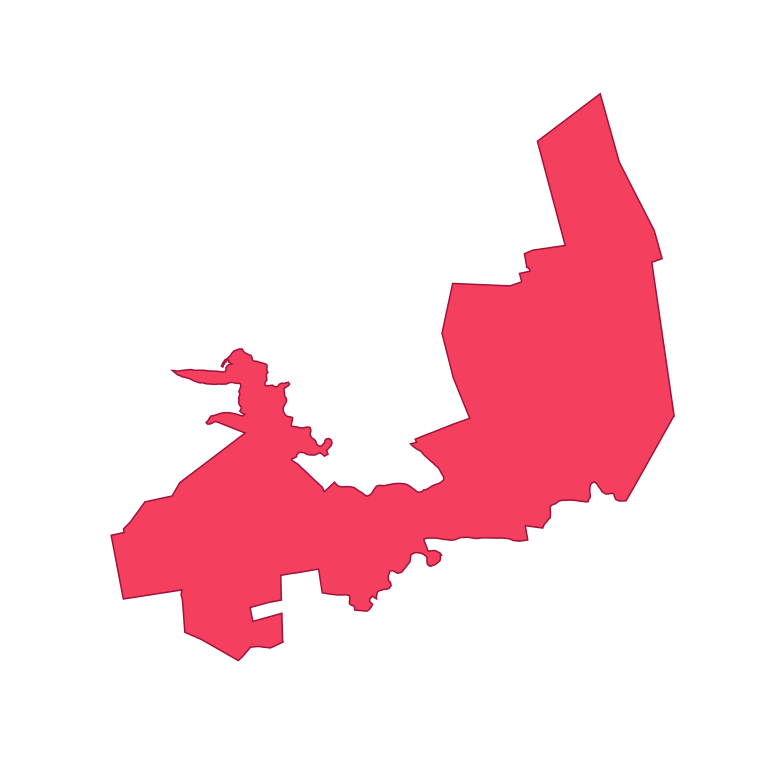 outline of San Francisco Ixhuatán, Oaxaca, Mexico, rotated 79°
{"feature_id": "50627088B52661088255154", "entity_name": "San Francisco Ixhuatán", "entity_type": "district", "adm_level": 2, "iso_a3": "MEX", "parent_name": "Mexico", "parent_adm1": "Oaxaca", "projection": "natural_earth1", "projection_center": [-94.502, 16.336], "detail": "fine", "context": "isolated", "style": "filled", "palette": "rose", "viewbox_px": 768, "rotation_deg": 79, "n_neighbors": 0, "source": "geoboundaries", "source_scale": "gbopen_adm2", "svg_char_len": 6167}
<svg xmlns="http://www.w3.org/2000/svg" viewBox="0 0 768 768"><g transform="rotate(79 384 384)"><path d="M532.1,157.6L470.6,105.5L470.7,105.3L315.7,97.9L314.0,87.1L285.1,89.4L211.1,110.7L140.3,116.4L175.0,187.1L282.6,179.7L281.0,212.4L282.9,221.3L295.5,221.5L296.8,221.8L297.6,219.8L301.2,219.2L301.3,229.9L310.0,229.3L311.7,241.7L298.4,297.4L330.2,311.0L345.3,317.4L374.9,315.7L391.1,314.8L434.0,306.4L435.2,314.1L435.9,319.0L436.8,324.8L437.2,326.6L439.4,338.8L440.7,345.4L441.9,352.5L442.8,357.3L443.6,361.2L444.1,363.9L447.4,363.3L447.6,365.1L447.8,369.4L449.8,368.0L452.0,366.3L453.8,364.6L456.2,361.6L457.6,360.2L460.1,359.0L462.8,357.2L464.6,355.8L466.8,354.2L468.9,352.6L470.4,351.3L471.9,350.3L475.1,347.9L477.1,346.4L479.8,345.5L481.9,344.9L486.3,343.2L489.4,343.7L489.6,343.9L490.5,345.3L491.5,347.4L492.2,349.7L492.4,352.0L492.9,354.9L493.6,357.3L495.0,360.4L495.8,363.6L495.5,365.3L496.8,367.3L496.9,370.9L495.4,372.7L493.1,374.6L488.7,378.6L487.4,380.1L486.5,381.6L485.3,384.7L484.7,386.9L484.2,389.6L483.7,394.2L483.8,396.7L483.8,403.3L482.7,407.3L482.6,409.3L482.9,411.0L484.8,413.0L487.2,415.3L488.9,416.9L490.1,418.8L490.9,421.9L488.7,424.6L486.7,426.1L485.0,428.2L479.8,433.3L478.6,436.4L477.7,439.3L477.3,442.5L477.0,444.9L475.4,448.5L472.6,450.4L470.8,451.4L472.1,453.0L473.6,455.6L476.2,459.6L478.4,463.2L473.4,464.3L463.6,471.6L461.8,472.8L460.2,474.0L459.2,474.6L454.1,478.2L450.3,481.1L446.4,483.7L442.5,487.7L441.0,489.2L439.6,488.3L439.5,486.0L438.8,483.8L436.8,483.1L434.8,480.0L435.7,477.2L436.6,475.1L438.4,473.2L439.7,469.5L440.3,466.7L440.5,465.0L439.6,461.7L439.2,460.1L440.5,458.6L443.5,456.2L442.2,452.3L438.4,453.0L434.2,447.5L432.0,446.3L428.9,446.4L427.2,448.2L426.8,450.8L428.1,452.7L430.2,453.6L432.4,456.5L432.9,458.2L432.1,460.2L430.7,461.3L427.0,462.0L424.8,463.2L423.1,465.1L420.9,466.0L418.9,466.0L416.6,464.9L414.7,464.5L412.3,465.0L411.5,467.9L411.6,470.9L411.3,474.2L410.2,476.2L409.3,478.0L407.9,482.4L407.0,483.0L404.4,482.1L402.5,481.1L399.6,480.1L398.3,482.3L397.3,485.1L395.6,486.8L391.5,488.0L387.9,487.5L382.9,483.3L381.3,482.7L379.2,482.7L377.3,483.7L375.7,483.7L374.2,483.4L372.0,483.4L369.6,483.1L368.1,480.0L367.3,478.0L366.1,476.7L364.0,477.6L364.3,482.4L363.6,484.3L364.2,486.8L366.1,488.9L366.0,491.5L363.8,493.8L363.7,496.9L363.0,500.6L361.4,501.0L359.2,500.3L358.3,498.4L356.8,498.1L353.1,497.9L351.6,497.3L350.7,495.8L348.5,496.2L347.0,496.2L343.3,495.2L341.6,496.5L338.7,502.3L337.6,504.1L336.5,507.7L334.5,508.7L332.8,508.4L330.4,509.2L328.7,512.2L326.8,514.5L324.5,516.1L322.5,516.6L322.0,519.8L322.3,521.6L323.0,525.0L324.6,527.3L326.6,529.1L327.9,531.1L329.3,533.5L329.9,535.4L331.8,537.4L333.1,538.6L335.4,540.2L336.6,539.0L334.8,537.8L333.0,536.4L332.0,534.3L330.1,533.6L331.1,531.8L333.0,532.3L334.1,530.6L335.3,529.4L335.5,533.4L337.7,536.1L340.2,536.4L341.4,537.4L341.4,540.5L340.7,542.2L339.5,545.7L337.7,553.7L336.0,558.6L335.2,562.7L334.8,565.4L334.1,568.2L332.9,571.1L332.3,577.1L332.2,579.1L332.1,582.7L331.8,584.7L330.9,586.8L330.3,589.2L334.4,585.9L335.6,584.8L337.0,582.5L338.5,580.7L339.3,578.6L341.4,574.2L343.7,571.3L345.0,569.5L346.4,567.1L347.8,564.5L348.1,561.9L349.0,560.4L350.3,557.3L350.4,556.3L350.6,555.6L351.0,554.2L352.1,550.1L352.5,546.1L353.1,543.8L353.7,540.6L353.9,538.8L353.2,534.7L353.5,532.8L355.2,528.7L356.1,525.1L358.1,524.8L359.8,525.4L362.3,527.1L364.1,528.0L365.8,527.3L368.0,528.3L369.5,529.2L371.6,529.5L374.3,530.0L376.2,530.2L377.6,529.6L379.5,528.6L381.8,529.4L383.0,530.7L384.6,529.7L386.2,528.0L387.2,526.4L388.4,528.8L386.5,532.7L385.0,535.4L382.4,542.0L382.0,545.0L381.5,547.1L381.7,550.3L382.3,555.5L382.5,558.0L382.4,559.8L384.0,561.8L386.0,563.4L388.0,566.0L389.7,564.9L390.1,562.4L389.5,559.6L388.6,557.1L389.5,554.9L405.6,529.7L422.0,562.8L441.9,603.3L453.5,613.4L454.1,641.2L471.2,659.5L476.5,667.4L480.1,667.4L480.5,680.7L545.3,680.9L547.6,621.7L552.0,623.4L556.3,623.0L560.7,623.4L589.7,626.9L599.4,612.8L599.4,612.6L627.7,579.8L624.3,574.5L616.9,565.2L617.6,557.9L617.6,557.7L621.4,546.0L620.3,541.1L617.9,532.2L616.9,532.6L589.6,528.0L590.2,535.8L590.5,539.5L590.8,543.2L592.0,558.0L577.9,558.1L576.8,543.6L576.4,538.3L576.5,525.9L567.8,524.5L552.1,521.8L552.4,509.5L552.7,506.3L553.2,483.7L553.8,483.5L577.2,484.5L579.8,477.5L581.2,473.1L582.3,469.5L582.9,466.3L583.6,461.9L584.9,458.5L588.1,458.4L591.0,459.5L593.2,459.8L594.9,458.3L595.7,456.4L597.7,455.5L600.3,455.9L603.7,444.3L603.1,442.3L601.9,440.7L600.2,438.9L598.1,437.2L595.5,439.1L595.1,439.6L592.4,439.0L590.0,436.0L591.9,434.1L593.5,432.3L591.4,432.0L587.6,430.6L586.0,428.9L586.0,426.0L585.5,423.5L586.0,420.7L585.6,418.0L583.3,415.5L579.9,415.5L578.0,416.8L575.7,416.8L572.8,416.3L571.1,415.1L568.9,414.0L568.7,411.7L569.9,409.6L572.2,407.3L572.4,404.7L571.9,402.2L563.5,392.5L560.1,391.2L557.0,390.3L555.9,388.0L555.6,384.7L557.2,379.9L558.8,377.6L561.5,375.3L563.8,375.1L566.2,375.7L567.8,375.8L569.4,375.8L571.2,374.3L571.8,373.2L571.0,368.0L568.2,362.8L565.8,361.8L562.9,361.4L563.0,360.2L560.4,361.4L559.6,362.5L557.2,365.6L556.9,367.5L556.5,372.3L555.3,372.8L550.6,373.5L546.4,374.3L543.9,374.6L543.6,372.4L543.7,370.6L543.9,368.5L544.5,365.8L545.4,361.8L546.9,357.6L548.0,354.9L548.9,351.7L550.0,348.7L550.5,344.4L549.9,341.5L549.6,339.6L549.4,337.0L550.0,334.9L550.2,331.6L553.2,323.5L553.9,316.0L556.0,306.2L556.9,302.3L557.5,298.3L558.3,295.3L559.4,291.9L559.9,290.5L560.8,289.0L562.3,287.1L564.1,281.0L564.2,279.4L564.4,276.2L564.5,272.7L561.9,272.5L557.0,272.6L555.1,272.4L552.0,272.5L550.1,272.2L555.7,255.7L553.0,253.9L551.4,252.2L549.9,250.1L548.1,248.3L547.2,246.5L544.9,245.8L544.2,245.5L542.0,245.1L536.6,244.5L534.9,242.6L534.6,240.7L534.1,238.2L532.4,234.8L532.3,233.7L532.1,232.6L532.3,231.0L532.9,227.5L533.2,224.8L534.0,221.0L538.5,207.3L538.3,205.8L536.9,205.5L534.7,203.3L532.8,202.7L530.6,202.7L527.6,202.3L524.5,201.5L522.2,200.4L520.7,198.6L520.5,195.7L523.0,193.9L525.3,193.2L527.3,192.1L529.8,191.0L531.1,190.8L531.5,190.3L533.1,188.8L534.4,187.1L534.8,183.7L534.7,180.7L536.4,179.3L538.1,179.3L540.0,178.9L541.7,178.4L543.7,175.3L543.9,174.6L544.9,168.7L537.5,162.3L532.1,157.6Z" fill="#f43f5e" stroke="#9f1239" stroke-width="1.5"/></g></svg>